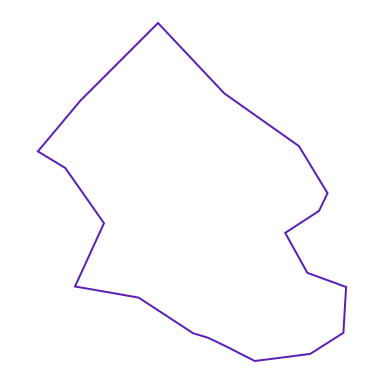 map outline of Szolnok (Natural Earth projection)
{"feature_id": "HUN-4918", "entity_name": "Szolnok", "entity_type": "Urban county", "adm_level": 1, "iso_a3": "HUN", "parent_name": "Hungary", "parent_adm1": "", "projection": "natural_earth1", "projection_center": [20.178, 47.22], "detail": "fine", "context": "isolated", "style": "outline", "palette": "violet", "viewbox_px": 384, "rotation_deg": 0, "n_neighbors": 0, "source": "natural_earth", "source_scale": "10m", "svg_char_len": 372}
<svg xmlns="http://www.w3.org/2000/svg" viewBox="0 0 384 384"><path d="M75.0,286.5L104.0,223.2L65.3,168.0L37.9,151.4L80.5,100.5L158.0,23.0L224.3,93.4L299.0,146.2L327.5,193.2L319.1,210.8L285.2,232.9L307.4,272.9L346.1,287.0L343.4,332.8L310.2,353.9L254.8,361.0L224.9,345.8L207.9,337.7L193.2,333.3L138.6,297.6L75.0,286.5Z" fill="none" stroke="#5b21b6" stroke-width="2"/></svg>